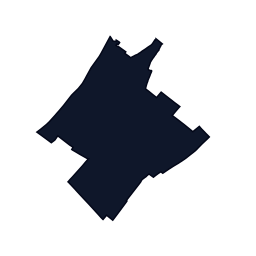 the district of Vanatori, Galati, Romania, rotated 217°
{"feature_id": "2599482B17748522296456", "entity_name": "Vanatori", "entity_type": "district", "adm_level": 2, "iso_a3": "ROU", "parent_name": "Romania", "parent_adm1": "Galati", "projection": "equal_earth", "projection_center": [28.001, 45.514], "detail": "fine", "context": "isolated", "style": "filled", "palette": "ink", "viewbox_px": 256, "rotation_deg": 217, "n_neighbors": 0, "source": "geoboundaries", "source_scale": "gbopen_adm2", "svg_char_len": 2920}
<svg xmlns="http://www.w3.org/2000/svg" viewBox="0 0 256 256"><g transform="rotate(217 128 128)"><path d="M198.3,69.9L193.5,70.0L185.2,70.1L180.6,70.1L180.4,70.1L179.3,73.9L179.2,74.4L179.2,75.1L179.4,79.5L164.3,79.3L160.3,79.6L160.0,77.0L159.3,77.0L154.3,77.6L150.5,78.0L148.3,78.3L142.3,79.1L141.0,79.7L141.4,75.1L141.6,70.6L142.1,64.7L142.4,61.3L142.9,55.3L143.3,51.9L143.4,50.0L143.5,48.9L142.8,48.9L142.4,48.8L141.4,48.6L136.6,47.8L133.8,47.3L133.6,47.3L132.3,47.0L129.1,46.4L120.1,44.8L114.2,43.8L99.2,41.0L95.8,40.3L93.0,39.9L92.9,39.9L92.6,45.5L84.7,45.2L84.7,48.2L84.7,53.6L84.8,67.2L84.9,69.0L85.7,69.0L85.4,90.8L85.4,92.5L85.7,94.3L85.7,94.9L85.7,95.6L85.3,96.7L85.0,97.9L84.7,98.9L84.3,100.1L84.2,101.2L83.8,103.0L83.5,103.9L78.1,104.0L77.4,106.7L76.4,110.1L75.4,112.8L73.0,112.8L70.8,119.3L69.5,122.8L68.9,124.5L67.6,127.7L66.6,130.1L65.8,132.4L65.2,133.9L64.9,134.9L64.1,137.2L63.3,139.8L63.3,140.0L62.0,144.9L61.2,147.8L60.5,150.6L60.4,151.4L60.2,152.4L60.2,152.9L59.3,159.9L58.1,166.9L57.7,169.8L60.3,170.2L62.5,170.5L63.1,170.6L63.7,170.7L63.9,170.7L64.1,170.8L65.6,171.0L66.8,171.2L68.3,171.4L69.2,171.6L69.8,171.7L70.2,171.8L72.0,172.2L72.3,170.9L74.0,164.1L84.9,164.5L93.8,164.6L97.0,164.6L100.2,164.6L100.0,169.2L99.7,174.4L99.5,176.3L107.0,176.3L110.3,176.4L112.8,176.4L123.1,176.6L123.5,169.5L128.4,169.6L133.6,169.8L137.0,169.8L137.6,169.9L138.3,171.3L139.7,174.9L140.2,176.7L140.2,176.8L140.4,177.3L140.8,178.2L142.1,183.3L142.4,184.0L142.6,185.0L142.9,186.2L143.1,187.0L143.2,187.4L143.5,187.8L143.7,188.0L143.8,188.0L144.2,187.7L144.9,187.3L145.4,187.1L145.8,187.0L146.4,187.0L146.7,186.9L146.8,186.9L147.0,187.0L147.3,187.2L147.5,187.4L147.7,187.6L147.9,188.2L148.0,188.5L148.1,189.0L149.2,192.6L149.7,194.0L149.8,194.6L149.9,195.9L150.0,196.6L150.0,197.0L150.0,197.3L150.1,197.8L150.1,198.6L150.1,199.5L150.1,200.8L150.2,201.3L150.2,202.2L150.2,202.8L150.1,203.5L150.2,203.9L150.3,204.3L150.4,205.6L150.3,207.8L150.4,208.6L150.2,208.8L150.3,209.1L150.5,209.4L150.6,209.6L150.8,210.0L150.8,210.3L150.9,211.2L151.2,212.6L151.2,213.1L151.3,213.5L151.5,214.0L151.5,214.9L151.2,215.8L155.9,216.0L159.4,216.1L159.0,215.4L158.9,214.6L159.5,214.5L159.2,209.9L159.4,208.2L160.8,204.3L161.5,201.9L163.0,197.8L163.5,195.9L163.9,194.8L164.2,194.2L164.2,193.9L164.4,193.4L164.5,193.0L165.1,191.8L165.9,190.6L166.4,189.4L166.9,188.4L168.2,185.7L170.1,185.8L170.8,185.8L175.5,185.7L175.6,187.5L184.0,187.3L184.0,187.0L187.2,186.7L187.4,188.6L186.0,188.7L186.1,191.2L187.1,191.4L187.9,191.3L190.2,191.1L189.9,190.7L189.8,190.2L190.2,189.8L190.6,189.4L191.3,188.9L192.1,188.4L197.2,190.3L197.3,190.3L194.4,171.3L194.0,167.8L193.7,154.0L192.2,143.6L192.0,142.5L191.7,140.4L191.4,137.8L191.2,136.3L191.4,129.7L192.5,122.5L192.8,120.2L193.0,107.2L193.4,100.2L193.7,96.5L193.8,94.5L194.3,89.0L194.6,85.5L195.3,81.4L197.0,74.5L197.5,72.7L198.3,69.9Z" fill="#0f172a" stroke="#020617" stroke-width="1.5"/></g></svg>